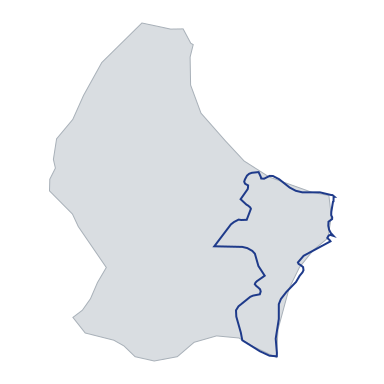 Luxembourg, with Grevenmacher highlighted
{"feature_id": "LUX-907", "entity_name": "Grevenmacher", "entity_type": "District", "adm_level": 1, "iso_a3": "LUX", "parent_name": "Luxembourg", "parent_adm1": "", "projection": "natural_earth1", "projection_center": [6.348, 49.652], "detail": "fine", "context": "in_parent", "style": "outline", "palette": "blue", "viewbox_px": 384, "rotation_deg": 0, "n_neighbors": 0, "source": "natural_earth", "source_scale": "10m", "svg_char_len": 1857}
<svg xmlns="http://www.w3.org/2000/svg" viewBox="0 0 384 384"><path d="M193.2,44.6L190.1,57.1L190.6,85.1L201.0,113.2L225.4,140.9L244.1,161.0L269.3,177.1L311.9,192.3L328.9,195.5L331.3,216.2L328.0,238.0L313.3,250.1L299.4,267.4L289.0,288.7L278.0,329.4L276.5,357.5L251.9,345.9L239.0,338.0L216.5,335.9L194.1,342.3L177.3,356.7L154.2,361.0L135.1,356.7L123.9,345.9L113.8,340.2L85.2,333.0L72.9,317.4L82.4,310.2L90.5,298.7L97.5,282.5L106.3,267.5L78.3,226.6L72.5,214.1L49.5,190.9L49.8,179.2L55.4,168.1L53.4,159.4L56.6,138.8L72.8,119.4L83.6,95.3L101.8,62.5L141.9,23.0L170.6,29.1L183.1,28.9L190.8,43.3L193.2,44.6Z" fill="#d9dde1" stroke="#a8b0b8" stroke-width="1"/><path d="M258.6,172.1L260.8,176.9L261.2,178.5L264.1,178.7L269.6,175.9L272.9,176.0L279.1,179.2L289.6,187.5L295.8,190.8L302.2,192.3L319.8,192.3L331.1,195.0L332.5,195.1L334.5,196.8L334.4,196.8L333.6,197.4L333.5,201.4L333.0,201.7L331.3,211.9L331.2,215.2L332.2,217.3L332.1,219.1L328.5,221.7L328.3,225.8L329.1,229.7L330.8,233.0L333.5,235.9L330.3,234.9L328.6,235.6L327.3,237.9L329.8,240.3L330.5,241.3L303.6,255.8L297.9,262.4L298.6,263.9L300.9,265.3L303.1,267.1L303.5,270.2L302.5,272.3L299.7,275.7L296.0,282.0L286.5,291.8L280.9,299.0L278.8,304.2L278.8,319.0L278.1,323.5L275.7,338.7L276.9,352.9L276.8,356.3L269.5,355.7L259.8,351.2L242.3,340.3L240.8,332.5L236.3,316.6L236.0,310.3L238.5,306.3L250.3,296.8L253.1,295.6L259.8,294.3L260.7,291.5L260.1,289.3L258.2,287.5L256.2,285.9L254.8,284.2L255.5,282.6L257.0,281.1L264.7,275.7L258.4,266.0L254.9,253.7L252.3,250.9L247.3,248.1L242.3,246.9L214.3,246.3L230.9,224.4L234.0,222.0L238.6,219.6L241.2,220.0L246.7,219.8L250.9,208.8L250.2,207.4L248.1,205.6L246.4,204.6L240.6,199.2L247.7,189.1L248.0,187.5L248.1,185.4L246.2,184.4L245.0,183.6L244.2,181.7L244.9,179.5L247.0,175.6L249.1,173.8L251.8,172.8L258.5,172.1L258.6,172.1Z" fill="none" stroke="#1e3a8a" stroke-width="2"/></svg>